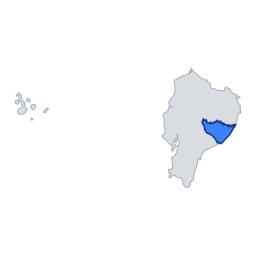 location of Pastaza, Pastaza, Ecuador
{"feature_id": "8360857B89599541187452", "entity_name": "Pastaza", "entity_type": "district", "adm_level": 2, "iso_a3": "ECU", "parent_name": "Ecuador", "parent_adm1": "Pastaza", "projection": "equal_earth", "projection_center": [-77.325, -1.952], "detail": "fine", "context": "in_parent", "style": "filled", "palette": "blue", "viewbox_px": 256, "rotation_deg": 0, "n_neighbors": 0, "source": "geoboundaries", "source_scale": "gbopen_adm2", "svg_char_len": 8171}
<svg xmlns="http://www.w3.org/2000/svg" viewBox="0 0 256 256"><path d="M240.2,97.3L239.4,98.0L237.5,98.2L236.1,97.6L235.5,97.6L235.4,98.2L237.3,99.9L238.2,102.9L239.6,104.7L240.5,105.6L240.5,106.2L240.2,107.4L240.2,108.4L240.6,112.9L240.3,113.2L239.3,113.2L238.5,112.4L236.2,123.7L229.1,134.8L221.0,142.7L211.7,147.3L204.8,150.5L203.7,151.7L200.4,157.3L200.2,157.9L200.7,158.8L200.7,159.4L200.2,159.8L199.8,159.9L199.6,159.6L199.4,158.9L199.0,158.2L198.4,158.0L198.1,158.2L198.1,158.8L197.4,161.8L197.4,163.3L197.1,163.9L197.1,165.2L196.4,166.4L195.9,168.4L195.3,169.1L194.6,172.2L193.6,175.3L193.5,176.4L193.8,177.2L193.9,177.8L193.5,179.7L191.1,181.6L190.4,182.5L190.2,183.5L190.4,184.4L190.3,185.2L189.5,185.4L188.7,187.2L188.1,187.6L186.6,187.0L185.5,187.0L184.6,186.4L182.9,183.5L182.3,181.7L182.1,179.3L180.4,177.7L178.2,178.1L177.6,177.5L176.0,176.5L174.6,175.4L173.5,174.8L172.7,175.0L171.4,177.0L170.2,177.9L169.6,177.8L168.9,177.2L168.8,176.6L170.6,173.2L169.2,173.1L168.8,172.4L168.7,171.5L168.5,170.6L168.7,169.5L169.4,168.9L170.5,169.4L171.3,169.4L171.8,168.4L172.8,167.6L173.0,167.0L172.5,165.4L172.3,164.5L172.5,164.0L172.4,162.2L172.1,161.5L172.1,160.5L171.8,159.9L171.7,158.7L171.0,158.0L173.2,156.8L174.1,155.9L175.1,155.0L175.9,153.7L176.5,152.5L177.9,146.7L179.1,143.0L178.9,141.3L177.9,138.9L177.6,135.4L177.7,134.4L177.6,133.6L176.9,135.0L177.1,140.2L176.4,142.5L175.6,143.0L175.0,142.6L175.3,138.9L174.7,139.6L173.7,142.1L172.0,144.0L171.9,144.6L171.5,145.4L170.2,144.7L169.2,143.9L166.0,139.7L163.9,138.8L162.6,137.3L162.4,136.7L162.2,135.8L163.5,134.9L164.8,133.7L165.0,131.1L164.9,129.1L163.9,125.5L164.4,120.9L164.1,119.1L163.0,115.3L163.9,113.4L166.8,112.0L167.8,111.0L168.5,108.0L169.2,106.2L170.5,106.9L171.5,106.8L170.1,106.1L169.0,103.4L168.8,102.1L171.0,98.4L172.2,97.4L173.6,95.4L174.8,92.5L175.1,87.7L174.6,84.4L174.2,80.8L174.9,79.9L176.7,79.4L178.2,78.3L179.0,77.2L180.7,77.4L182.7,75.7L186.0,74.9L190.5,73.0L191.5,71.4L191.1,68.4L192.8,70.2L193.5,71.6L195.8,73.1L198.6,76.0L200.4,77.4L202.4,78.7L205.2,80.1L207.0,79.8L207.7,81.9L208.3,82.6L210.0,83.3L210.2,83.5L210.8,87.5L211.2,88.0L212.6,88.7L214.3,88.9L215.0,88.8L216.6,89.8L218.9,90.7L219.8,90.9L220.2,90.7L220.3,90.3L221.0,90.4L222.1,90.9L223.5,91.0L224.5,90.5L224.7,88.3L225.0,87.8L226.1,87.0L226.6,87.2L229.4,88.9L230.0,89.5L230.7,90.7L232.0,92.5L233.4,93.7L235.6,94.2L237.7,96.0L240.2,97.3ZM20.6,94.9L21.5,96.1L21.9,99.5L24.7,103.0L25.0,105.0L24.8,106.0L24.9,106.3L26.2,107.8L27.1,109.2L25.7,112.7L22.6,114.2L19.3,114.1L18.6,113.8L17.7,112.4L17.5,111.3L18.1,110.1L19.8,108.4L22.4,106.8L22.7,105.7L21.6,104.5L20.9,102.2L19.3,100.6L18.5,95.8L17.9,95.5L16.8,96.2L16.2,95.6L16.1,95.3L17.3,94.2L17.6,93.4L19.4,93.0L20.1,93.6L20.6,94.9ZM33.5,109.6L32.8,109.6L30.6,107.8L30.8,106.1L31.6,104.9L34.4,104.3L35.5,105.4L35.4,107.5L34.5,109.1L33.8,109.3L33.5,109.6ZM173.6,150.3L173.4,151.0L172.1,151.0L171.7,150.7L172.0,147.3L172.4,146.3L173.4,145.2L174.3,144.7L175.5,144.8L176.7,145.7L175.2,147.5L174.1,148.0L173.6,150.3ZM18.5,103.9L17.1,104.2L16.0,103.5L15.5,102.6L15.4,101.1L15.5,100.6L18.0,100.1L18.9,101.3L18.9,103.1L18.5,103.9ZM46.1,112.2L44.4,112.9L43.5,112.2L43.5,111.8L44.4,110.6L45.2,110.0L46.0,108.7L47.4,107.9L47.9,108.1L48.1,108.4L48.3,108.8L47.8,109.9L46.9,110.6L46.1,112.2ZM30.2,101.5L29.6,102.1L27.0,101.4L26.2,100.3L26.8,98.9L27.4,98.3L28.9,98.8L30.5,100.5L30.2,101.5ZM32.3,120.1L31.7,120.2L31.0,119.4L31.5,117.9L32.6,118.7L32.9,119.2L32.3,120.1ZM190.4,72.1L189.6,72.3L189.3,71.4L190.2,70.4L190.5,70.2L190.4,72.1Z" fill="#d9dde1" stroke="#a8b0b8" stroke-width="1"/><path d="M205.5,119.8L205.4,120.3L204.8,120.4L204.6,120.6L204.3,120.6L204.1,120.5L203.7,120.3L203.7,119.9L203.4,119.8L203.5,119.6L203.3,119.2L203.2,119.4L203.3,119.4L203.2,119.6L202.9,119.7L202.9,119.9L202.9,120.0L202.8,120.3L202.9,120.6L202.7,120.8L202.6,121.1L202.2,121.4L202.2,121.8L202.1,122.0L202.3,122.3L202.3,122.6L202.5,122.8L202.5,123.0L202.4,123.1L202.5,123.3L202.6,123.2L202.7,124.3L203.0,124.6L203.3,124.5L203.4,125.1L203.5,125.2L203.5,125.3L203.6,125.5L203.9,125.7L204.0,125.8L203.9,125.9L204.0,126.1L204.1,126.3L204.2,126.6L204.4,126.6L204.5,127.0L204.5,127.9L204.5,128.0L204.7,127.8L204.6,128.1L204.7,128.4L204.7,128.6L204.8,128.6L204.8,128.9L205.0,129.3L204.9,129.4L204.9,129.5L205.0,129.5L205.3,129.9L205.2,130.6L205.3,130.9L205.5,131.1L205.7,131.4L205.9,131.8L206.5,132.0L206.6,132.4L206.8,132.8L207.1,132.8L207.4,133.3L207.7,133.3L207.8,133.1L208.1,133.1L208.3,133.3L208.5,133.3L208.7,133.7L208.9,133.7L209.2,133.7L209.4,133.9L209.7,133.9L209.7,134.1L209.9,134.3L210.1,134.3L210.3,134.5L210.6,134.5L211.3,135.1L211.8,135.3L212.6,135.9L212.8,136.0L212.9,136.4L213.4,137.2L214.0,137.3L214.3,137.9L214.9,138.2L215.4,138.7L215.4,139.2L215.9,139.7L216.2,140.7L216.5,140.8L216.6,141.8L217.1,141.8L217.4,142.6L217.6,142.4L217.6,142.6L217.7,142.8L217.9,142.7L218.0,142.6L218.2,142.8L218.3,142.7L218.8,142.6L218.9,142.4L219.0,142.4L219.1,142.5L219.4,142.9L219.7,142.5L220.0,142.7L220.4,143.2L220.8,143.6L221.6,143.2L229.7,134.6L235.6,124.7L235.4,124.7L235.4,124.9L235.3,124.7L235.1,124.7L234.9,124.9L234.8,124.6L234.5,124.6L234.6,124.8L234.5,125.1L234.3,125.2L234.3,125.4L234.2,125.4L234.0,125.5L233.8,125.5L233.7,125.5L233.9,125.8L233.7,125.7L233.6,126.0L233.5,125.9L233.5,125.7L233.4,125.7L233.5,125.8L233.4,126.0L233.2,126.0L233.0,125.8L232.9,125.6L233.0,125.6L232.9,125.4L233.1,125.4L233.0,125.1L232.8,125.4L232.8,125.2L232.7,125.4L232.6,125.5L232.6,125.8L232.5,125.7L232.4,125.7L232.3,125.8L232.2,125.8L232.1,126.2L231.9,126.2L231.8,126.3L231.8,126.2L231.8,126.3L231.6,126.3L231.4,126.1L231.5,126.4L231.4,126.4L231.4,126.0L231.2,126.1L231.0,125.9L230.9,125.9L230.9,125.7L230.7,125.3L230.6,125.2L230.2,125.0L229.8,125.3L229.7,125.8L229.5,125.7L229.5,125.9L229.4,125.7L229.3,125.8L229.1,125.7L229.1,125.8L229.0,125.7L228.9,125.6L228.8,125.8L228.4,125.9L228.3,126.0L228.5,126.1L228.8,126.7L228.7,126.8L228.5,126.7L228.1,126.4L228.3,126.0L228.2,125.8L228.1,126.0L227.7,125.8L227.7,125.7L228.0,125.6L227.8,125.5L227.9,125.4L227.8,125.2L227.7,125.3L227.6,125.2L227.5,125.3L227.4,125.4L227.6,125.5L227.3,125.7L227.1,125.6L227.2,125.4L227.1,125.2L227.0,125.3L227.0,125.5L226.9,125.3L226.5,125.5L226.4,125.3L226.4,125.1L226.3,124.7L226.1,124.7L226.1,124.9L226.0,124.7L226.0,124.4L226.0,124.6L225.8,124.6L225.6,124.6L225.6,124.3L225.5,124.5L225.3,124.4L225.3,124.5L225.1,124.5L224.9,124.6L225.0,124.4L224.8,124.3L224.8,124.1L224.7,124.3L224.4,124.1L224.2,124.4L224.2,124.2L223.9,124.1L223.7,124.0L223.7,123.9L223.5,124.0L223.5,123.8L223.3,124.0L223.3,123.9L222.9,123.6L222.9,123.2L222.7,123.2L222.6,123.3L222.6,123.1L222.4,123.1L222.2,123.0L222.2,123.3L222.1,123.1L221.9,123.0L221.7,123.1L221.7,122.8L221.4,122.7L221.0,122.6L221.0,122.2L220.8,122.4L220.9,122.2L220.7,122.1L220.7,121.9L220.6,122.2L220.5,122.3L220.5,122.0L220.4,122.1L220.3,121.8L220.3,122.0L220.2,122.1L220.1,121.8L220.0,122.0L219.9,122.0L219.9,121.8L219.8,122.0L219.7,121.9L219.4,121.8L219.4,121.6L219.3,121.9L219.2,122.0L219.2,121.9L219.3,121.8L219.3,121.7L219.1,121.7L218.9,121.7L218.7,121.7L218.4,121.6L218.4,121.3L218.1,121.4L217.9,121.1L217.7,121.0L217.4,120.7L217.4,120.8L217.3,121.0L217.2,121.0L217.3,121.1L217.2,121.2L216.7,121.3L216.4,121.4L216.3,121.5L216.1,121.5L215.9,121.5L215.7,121.5L215.6,121.8L215.6,122.0L215.4,122.0L215.4,121.9L215.2,121.9L215.1,122.0L214.9,122.0L214.6,122.1L214.5,122.3L214.4,122.7L214.2,122.6L214.1,122.8L213.9,122.6L213.9,122.8L213.6,122.8L213.6,122.6L213.4,122.7L213.1,122.8L213.0,123.0L212.8,123.0L212.6,123.4L212.2,123.2L211.8,123.2L211.9,123.3L211.7,123.3L211.5,123.2L211.4,123.3L211.3,123.1L211.2,123.0L210.9,123.1L211.0,123.0L210.9,122.9L210.8,123.0L210.8,122.9L210.7,123.0L210.6,122.8L210.5,123.0L210.4,122.9L210.3,123.0L210.3,122.7L210.0,123.0L209.9,123.2L209.7,123.2L209.3,122.9L209.2,123.0L209.1,122.9L208.8,123.0L208.7,123.0L208.7,122.9L208.3,122.7L208.2,122.7L207.8,122.7L207.7,122.5L207.4,122.5L207.2,122.4L207.0,122.6L206.9,122.7L206.7,122.5L206.8,122.3L206.7,122.1L206.9,121.8L206.9,121.7L206.7,121.2L206.7,120.9L206.5,120.7L206.5,120.2L206.2,120.2L206.1,120.5L205.9,120.6L205.8,120.2L205.7,120.1L205.7,119.9L205.5,119.8Z" fill="#3b82f6" stroke="#1e3a8a" stroke-width="1.5"/></svg>